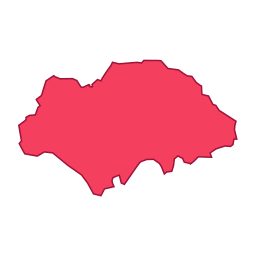 Kajola, Oyo, Nigeria (Albers equal-area conic projection), rotated 273°
{"feature_id": "59680162B64506251287847", "entity_name": "Kajola", "entity_type": "district", "adm_level": 2, "iso_a3": "NGA", "parent_name": "Nigeria", "parent_adm1": "Oyo", "projection": "albers", "projection_center": [3.358, 8.018], "detail": "fine", "context": "isolated", "style": "filled", "palette": "rose", "viewbox_px": 256, "rotation_deg": 273, "n_neighbors": 0, "source": "geoboundaries", "source_scale": "gbopen_adm2", "svg_char_len": 1529}
<svg xmlns="http://www.w3.org/2000/svg" viewBox="0 0 256 256"><g transform="rotate(273 128 128)"><path d="M131.9,234.4L136.1,234.6L140.4,235.5L150.3,218.1L155.2,214.5L155.9,211.6L164.2,206.7L165.0,202.0L165.4,200.5L165.7,200.1L166.5,199.9L173.7,199.2L174.6,197.5L177.0,193.8L182.9,189.0L183.2,184.2L186.0,179.5L188.7,175.3L188.9,172.7L189.5,164.8L196.6,157.7L196.9,157.3L197.0,154.3L196.3,140.3L194.9,139.2L193.6,138.1L194.0,134.5L193.9,132.6L191.6,115.7L192.8,109.1L189.0,107.5L188.9,107.3L181.8,102.8L176.4,99.7L173.6,98.5L174.8,95.1L169.6,89.8L167.6,90.4L167.1,89.7L167.5,87.8L167.5,87.3L168.9,87.4L169.3,86.7L166.1,80.6L166.7,78.7L172.8,74.4L173.2,73.1L173.3,72.9L174.4,70.1L173.6,57.6L175.4,52.3L176.4,51.2L170.8,43.7L159.2,40.7L158.7,40.8L155.6,39.6L151.7,34.9L150.7,35.5L145.6,39.1L144.0,37.1L136.3,34.8L135.4,28.9L133.3,25.6L131.8,25.8L130.2,25.2L125.0,18.8L122.3,19.4L109.6,22.3L106.8,20.2L102.0,23.0L96.8,26.3L95.2,38.9L99.7,45.7L99.2,54.2L87.5,70.0L78.7,84.1L70.7,90.7L60.4,97.0L59.0,104.5L66.0,107.7L68.7,117.1L72.0,115.4L74.7,114.8L77.6,115.6L79.3,118.9L80.4,121.8L72.7,124.2L72.2,125.5L71.5,127.3L90.8,139.3L92.6,140.6L94.0,141.4L95.4,143.2L96.3,145.5L97.5,148.2L98.1,155.1L94.2,161.3L90.8,163.6L84.0,166.7L86.0,168.8L87.1,174.0L92.8,175.4L99.5,175.9L102.8,179.4L101.4,181.8L100.7,184.0L96.8,186.0L95.9,191.6L95.3,192.2L98.1,195.4L102.9,199.7L103.2,213.0L107.4,211.3L111.7,216.9L115.1,225.7L115.0,231.4L116.9,233.7L122.4,234.3L122.6,237.2L131.9,234.4Z" fill="#f43f5e" stroke="#9f1239" stroke-width="1.5"/></g></svg>